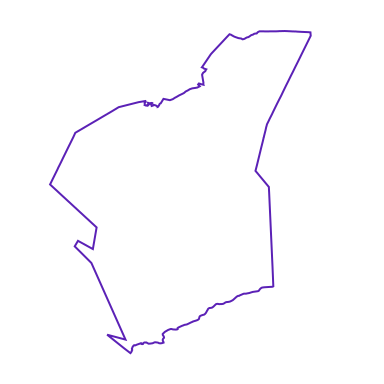 Mesones Hidalgo, Oaxaca, Mexico (Equal Earth projection), rotated 262°
{"feature_id": "50627088B85326634541004", "entity_name": "Mesones Hidalgo", "entity_type": "district", "adm_level": 2, "iso_a3": "MEX", "parent_name": "Mexico", "parent_adm1": "Oaxaca", "projection": "equal_earth", "projection_center": [-98.01, 16.918], "detail": "fine", "context": "isolated", "style": "outline", "palette": "violet", "viewbox_px": 384, "rotation_deg": 262, "n_neighbors": 0, "source": "geoboundaries", "source_scale": "gbopen_adm2", "svg_char_len": 4449}
<svg xmlns="http://www.w3.org/2000/svg" viewBox="0 0 384 384"><g transform="rotate(262 192 192)"><path d="M87.3,259.4L106.5,261.3L180.6,268.3L186.3,268.8L204.1,257.8L209.9,260.2L210.4,260.4L219.2,263.9L226.0,266.6L231.9,269.0L235.5,270.4L235.9,270.5L236.1,270.7L237.5,271.2L242.9,273.4L245.9,274.5L247.4,275.2L248.5,275.6L252.0,278.0L253.7,279.1L257.7,281.9L260.6,283.8L267.7,288.6L272.0,291.6L273.4,292.6L275.4,294.0L278.3,295.9L279.5,296.7L284.7,300.2L288.3,302.7L292.9,305.8L296.9,308.6L301.2,311.5L305.1,314.2L309.2,317.0L312.6,319.3L317.0,322.3L320.8,324.9L330.2,331.3L333.6,331.5L334.1,329.4L334.6,326.7L335.4,322.4L336.2,318.4L336.4,317.7L337.1,313.6L337.6,311.1L338.5,306.3L339.2,300.2L339.2,299.4L339.8,294.7L340.5,289.5L341.7,281.1L341.1,279.4L341.0,279.2L340.3,278.5L340.0,278.1L340.1,276.5L340.0,275.6L339.3,274.1L339.3,273.8L339.1,272.5L338.5,271.4L337.6,269.6L337.5,269.3L337.5,268.3L337.4,267.9L337.0,266.7L336.4,265.4L336.2,264.2L336.2,263.8L336.2,263.2L337.1,262.2L337.6,260.5L338.0,259.2L338.3,258.7L339.0,257.3L339.8,255.8L340.6,254.6L340.9,254.2L341.2,254.0L341.5,253.4L342.2,252.7L342.5,252.1L343.0,251.1L340.7,248.2L334.8,240.9L331.5,236.8L329.8,234.7L326.9,231.1L325.8,229.8L316.4,221.3L314.1,219.2L313.8,219.9L312.6,221.0L311.5,223.2L310.5,222.3L309.8,222.0L308.5,219.6L308.1,219.3L307.6,219.0L307.3,218.6L306.7,218.3L299.6,218.5L299.1,218.6L298.4,218.4L297.9,218.4L297.6,218.2L296.6,218.3L297.5,216.0L298.2,214.7L298.5,213.9L297.6,213.0L295.6,214.4L294.7,211.8L294.6,209.8L294.6,206.7L294.1,204.1L293.2,202.1L292.4,199.7L291.3,198.1L290.7,196.6L289.5,192.8L288.3,189.9L287.7,188.2L286.6,185.9L286.0,182.9L288.2,176.7L284.2,173.4L284.2,173.1L283.7,172.2L283.1,171.8L282.8,171.7L282.6,171.6L282.2,171.1L281.2,170.4L281.0,169.7L281.5,169.7L282.5,168.5L282.8,168.1L283.5,166.4L283.6,166.1L283.5,165.9L283.1,165.6L283.0,165.4L282.8,164.1L283.4,164.1L283.6,164.1L284.1,163.7L284.4,163.8L285.0,163.6L285.0,164.2L285.1,164.5L285.4,164.7L285.6,165.0L285.7,164.9L285.8,164.6L285.8,163.5L285.8,163.3L285.8,163.0L285.5,162.6L285.3,162.6L285.4,162.1L286.2,161.5L286.4,160.9L285.9,161.0L285.6,161.5L285.3,161.4L285.0,161.0L284.6,160.2L284.2,160.9L283.7,160.3L283.6,159.9L284.1,159.2L283.9,158.6L284.7,157.2L284.9,157.3L285.1,157.4L286.9,157.5L287.4,158.4L287.6,158.4L287.7,158.5L287.8,158.5L288.0,158.5L288.3,158.6L288.6,158.5L288.4,151.6L286.2,131.2L282.9,123.5L279.2,114.5L277.0,109.2L276.7,108.5L274.2,102.4L266.9,84.7L262.7,82.0L255.8,77.3L255.7,77.2L250.1,73.4L243.6,69.0L240.0,66.6L236.5,64.2L235.1,63.2L234.5,62.8L233.2,62.0L224.4,56.0L221.0,53.7L219.2,52.5L207.8,61.8L170.2,92.6L149.3,85.9L159.5,72.3L154.5,68.3L135.7,82.5L55.1,105.6L62.5,88.1L46.7,103.0L41.0,108.6L41.7,109.4L42.8,110.2L43.6,110.4L43.9,110.8L45.3,110.7L46.0,111.2L46.7,111.5L47.4,112.1L48.2,113.0L48.3,113.7L48.0,114.1L48.1,114.8L48.5,116.1L49.1,119.1L49.4,120.5L49.2,120.8L48.6,120.8L48.3,121.4L48.3,122.1L48.4,122.4L48.9,122.7L49.2,122.9L49.4,123.3L49.6,124.1L49.5,124.9L49.3,125.4L49.3,126.0L48.6,126.8L47.8,128.0L47.7,129.5L47.7,131.0L47.7,131.9L48.0,133.0L48.3,133.8L48.3,134.7L48.1,135.5L47.9,136.3L47.5,137.5L46.8,138.4L46.5,139.8L46.5,141.1L46.8,142.9L47.4,142.9L48.1,142.6L48.7,142.4L49.9,142.5L50.7,143.0L50.9,143.2L51.1,143.4L51.2,143.6L51.3,143.8L52.0,144.1L53.2,143.8L54.4,143.2L55.4,143.2L56.0,143.9L57.3,145.7L58.4,148.4L58.6,148.8L58.8,149.5L59.0,150.4L59.2,151.3L59.3,152.0L59.2,152.4L59.1,152.9L58.8,153.4L58.5,154.4L58.0,156.9L58.0,158.2L58.3,158.8L58.7,158.8L59.2,158.8L59.7,159.6L60.3,161.6L60.9,163.6L61.1,164.7L61.5,166.1L61.5,167.3L61.6,168.6L62.2,170.5L62.9,172.6L63.5,174.8L63.7,175.1L63.7,175.5L63.8,176.0L64.0,177.5L64.3,179.1L64.7,180.3L65.3,181.2L65.8,181.4L66.5,181.7L67.6,182.2L68.0,182.7L68.4,183.8L68.7,185.3L68.9,187.0L69.3,187.7L70.2,188.8L71.2,189.6L72.1,190.2L72.7,190.8L73.7,191.4L74.3,192.1L74.7,193.1L74.6,194.6L74.8,196.0L75.6,197.4L76.5,198.6L77.2,199.6L77.6,200.2L77.7,200.9L77.7,201.4L77.6,202.1L77.4,202.6L77.3,202.9L77.2,203.2L77.1,204.1L76.9,205.6L76.9,207.2L77.3,208.4L77.9,209.5L78.2,210.6L78.1,212.6L78.2,214.3L78.6,215.6L79.2,217.3L80.3,219.0L81.2,220.3L82.2,221.8L82.7,223.1L82.7,223.5L82.6,224.0L83.1,225.3L83.4,226.5L83.9,228.3L84.1,229.3L83.8,231.3L83.9,232.4L84.0,234.7L84.3,236.3L84.6,238.3L84.6,240.4L84.6,243.5L84.9,244.4L86.0,245.4L86.7,246.2L87.1,246.8L87.6,248.0L87.6,250.2L87.4,252.9L87.2,255.6L87.1,256.7L87.0,257.8L87.0,258.8L87.3,259.4Z" fill="none" stroke="#5b21b6" stroke-width="2"/></g></svg>